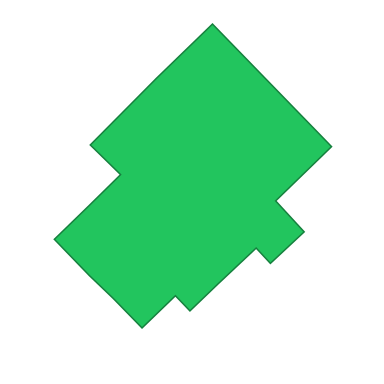 Saginaw, Michigan, United States of America (Robinson projection), rotated 136°
{"feature_id": "52423323B53952262882470", "entity_name": "Saginaw", "entity_type": "district", "adm_level": 2, "iso_a3": "USA", "parent_name": "United States of America", "parent_adm1": "Michigan", "projection": "robinson", "projection_center": [-83.982, 43.349], "detail": "fine", "context": "isolated", "style": "filled", "palette": "green", "viewbox_px": 384, "rotation_deg": 136, "n_neighbors": 0, "source": "geoboundaries", "source_scale": "gbopen_adm2", "svg_char_len": 394}
<svg xmlns="http://www.w3.org/2000/svg" viewBox="0 0 384 384"><g transform="rotate(136 192 192)"><path d="M232.5,296.5L231.3,254.1L277.3,253.7L323.9,253.6L323.9,203.0L322.6,170.7L322.4,128.9L276.0,128.9L276.1,107.9L237.5,107.8L184.8,107.1L185.2,86.2L139.0,85.4L138.0,127.5L60.1,127.7L60.1,135.2L60.6,298.6L138.8,298.5L232.5,296.5Z" fill="#22c55e" stroke="#15803d" stroke-width="1.5"/></g></svg>